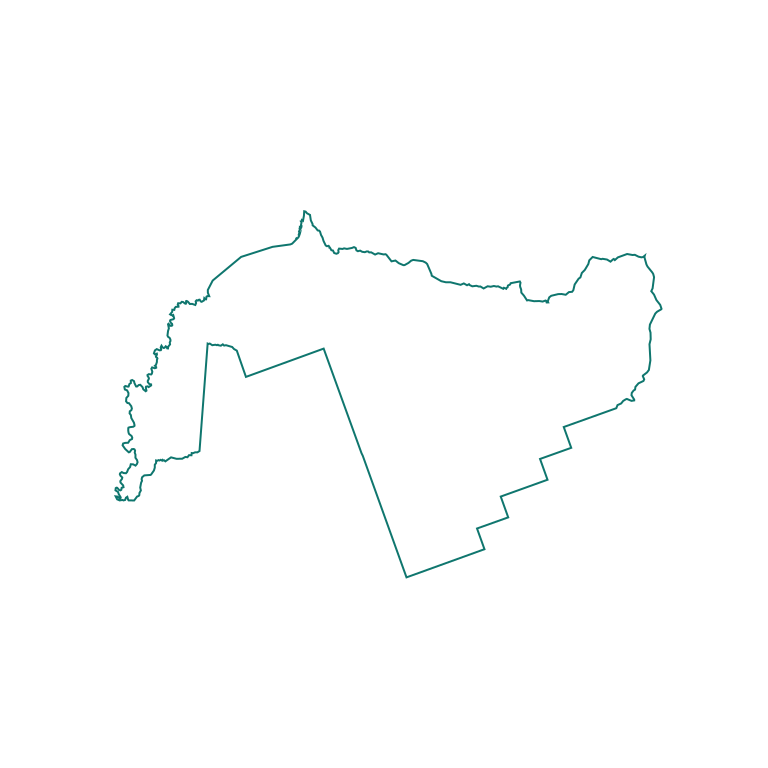 Urumita, La Guajira, Colombia (Equal Earth projection), rotated 340°
{"feature_id": "7082276B37330638753990", "entity_name": "Urumita", "entity_type": "district", "adm_level": 2, "iso_a3": "COL", "parent_name": "Colombia", "parent_adm1": "La Guajira", "projection": "equal_earth", "projection_center": [-73.039, 10.495], "detail": "fine", "context": "isolated", "style": "outline", "palette": "teal", "viewbox_px": 768, "rotation_deg": 340, "n_neighbors": 0, "source": "geoboundaries", "source_scale": "gbopen_adm2", "svg_char_len": 6149}
<svg xmlns="http://www.w3.org/2000/svg" viewBox="0 0 768 768"><g transform="rotate(340 384 384)"><path d="M594.0,486.2L596.2,483.7L600.2,483.4L603.0,481.7L605.9,481.1L607.1,481.1L610.8,484.5L613.5,485.0L613.8,484.2L612.7,479.2L613.8,477.1L616.3,475.5L618.0,475.1L619.3,472.7L623.4,470.4L628.8,469.9L630.1,468.6L629.9,465.0L630.3,464.6L635.1,463.1L637.7,461.4L642.4,452.9L647.1,437.4L649.9,433.2L652.0,426.9L652.3,423.0L654.2,419.1L663.0,410.6L665.3,409.5L670.2,408.6L670.5,408.2L670.6,404.1L668.7,398.3L668.3,392.3L666.9,388.2L669.1,386.0L674.3,376.0L674.6,372.8L674.3,371.1L671.8,363.8L671.5,361.5L672.1,353.7L672.9,352.6L670.9,353.3L669.2,353.0L666.7,351.4L663.9,348.4L661.7,347.8L656.9,345.0L647.1,345.0L643.3,346.5L642.7,345.1L641.9,345.2L638.7,346.5L636.1,343.3L632.2,341.1L630.8,341.0L623.5,336.0L619.2,338.0L617.0,341.2L611.7,345.5L607.9,347.3L605.0,351.0L602.9,351.6L597.2,355.7L594.0,360.6L592.3,361.7L589.2,360.9L585.3,362.3L581.7,360.2L578.4,359.1L571.3,358.3L568.9,359.1L566.2,362.3L566.2,363.5L564.7,363.0L564.8,361.3L564.3,360.8L561.3,360.8L558.4,359.2L553.3,357.5L548.2,354.5L547.0,354.4L545.7,348.8L544.3,345.1L545.2,342.1L545.2,339.2L545.6,337.7L546.9,335.5L546.7,334.1L537.5,332.6L536.6,333.6L534.1,333.9L533.2,335.4L531.9,335.7L531.4,336.3L529.6,334.6L528.6,335.3L524.6,331.2L523.0,330.9L520.8,329.5L517.6,329.1L514.8,327.6L510.3,328.3L507.9,325.3L506.5,324.9L504.4,323.3L500.4,322.4L498.3,320.3L498.0,319.3L495.8,319.6L493.4,316.8L489.9,317.0L481.2,311.1L477.0,309.6L473.0,307.0L465.9,298.6L466.2,296.7L465.6,286.0L464.7,284.2L462.5,281.9L453.9,277.4L451.7,277.4L448.4,278.6L444.0,279.3L442.8,278.9L439.2,275.5L437.0,271.9L433.0,271.3L430.5,263.5L429.9,262.6L427.9,262.1L423.2,259.1L419.9,259.3L417.0,255.9L415.1,255.3L414.5,254.1L413.0,253.5L411.1,253.6L408.7,252.3L407.2,250.5L404.9,250.3L403.8,249.0L403.9,246.4L402.6,245.1L400.4,245.2L395.4,244.4L392.9,242.9L391.2,242.9L388.1,241.4L386.8,242.6L386.4,244.6L385.4,245.3L383.8,245.3L382.0,243.9L381.7,241.1L380.3,240.3L379.9,237.7L379.3,237.2L379.6,236.4L379.2,235.2L377.5,235.0L376.6,233.9L376.1,228.9L376.3,225.4L375.8,222.4L376.0,218.9L375.5,217.7L374.2,217.0L373.1,213.5L371.2,210.5L371.6,209.2L371.2,205.2L372.3,199.8L370.0,197.2L369.3,195.2L368.1,194.4L366.3,198.5L363.7,202.9L362.9,201.8L362.1,203.0L361.6,202.9L361.8,203.9L360.2,206.5L360.6,207.0L360.3,207.9L360.0,208.3L359.6,207.5L359.1,207.5L359.2,208.0L359.0,208.4L358.7,208.1L358.5,209.1L358.3,208.5L358.0,208.7L358.3,209.3L356.3,211.7L357.2,212.7L356.4,213.9L355.8,213.4L354.9,214.6L355.3,215.1L355.2,215.5L353.6,217.0L352.0,217.7L351.6,217.1L351.1,217.5L351.2,218.1L345.7,220.7L343.7,220.8L326.2,217.0L293.2,215.7L258.4,228.2L250.6,235.4L249.7,238.0L249.8,241.7L248.1,241.0L247.1,241.2L245.8,243.6L245.2,243.4L244.5,241.9L243.4,243.9L240.8,244.4L240.0,243.7L239.6,241.7L238.4,241.5L237.6,242.0L236.5,241.2L235.3,241.9L235.1,243.7L233.7,245.2L231.1,243.1L228.9,242.4L227.9,239.6L227.0,238.5L226.3,238.5L225.8,240.3L225.2,240.8L224.6,240.4L223.2,238.2L222.0,237.6L220.3,238.6L218.2,237.7L217.3,238.9L217.6,240.4L217.3,241.1L214.7,240.3L213.3,241.1L212.3,242.6L210.5,241.8L209.6,243.8L206.8,245.4L207.6,246.4L208.3,246.6L208.7,247.6L209.5,247.3L209.3,250.4L208.4,251.1L205.2,250.8L204.4,251.6L204.7,253.7L205.4,255.0L205.2,256.3L204.5,256.7L203.1,256.2L202.1,253.7L201.5,254.0L200.9,258.1L199.2,260.3L197.1,264.4L197.2,265.7L198.3,267.3L198.5,269.0L198.1,270.5L196.9,271.6L196.5,273.6L194.0,275.1L193.2,276.7L192.5,276.4L192.3,274.7L191.8,273.9L190.1,274.9L189.1,274.7L188.5,273.9L188.0,271.9L186.7,273.2L186.4,275.4L185.9,275.9L184.6,275.6L182.4,273.5L180.2,274.1L178.3,276.5L178.9,277.8L180.9,277.8L180.7,278.7L179.1,280.1L179.1,281.0L179.8,281.7L179.8,282.6L178.9,283.6L178.1,285.7L176.2,288.1L175.0,288.5L175.7,290.2L175.5,290.8L174.0,290.8L171.8,289.1L170.6,290.1L170.5,293.2L169.4,294.9L168.5,295.4L166.3,294.3L164.8,294.7L164.6,295.6L165.1,297.5L164.9,298.6L163.0,300.4L162.7,301.5L163.5,303.8L165.0,304.7L164.7,305.7L161.8,306.4L161.2,305.4L159.5,305.1L159.0,305.8L158.5,309.0L157.6,309.3L156.0,306.7L156.0,304.3L154.7,301.4L153.3,301.1L151.0,301.9L150.2,301.5L149.8,297.6L150.1,295.9L148.7,294.1L147.2,294.2L146.5,296.5L144.7,297.0L143.2,299.0L142.6,299.0L140.2,297.4L139.0,297.9L138.6,300.5L140.4,302.1L140.8,305.1L139.7,307.6L137.1,309.0L135.7,312.1L136.4,314.1L137.8,314.8L138.9,318.4L138.7,320.8L137.6,322.2L135.8,322.7L134.9,324.6L135.5,326.6L134.9,329.6L135.8,334.8L135.5,337.4L135.1,338.1L133.7,338.4L130.7,337.7L129.0,337.6L128.6,338.0L127.7,340.4L127.3,342.5L127.4,343.9L129.0,346.5L129.1,348.3L128.4,349.5L125.9,349.8L123.5,351.7L120.6,350.8L118.5,350.7L117.4,352.2L118.6,356.6L120.8,360.9L121.7,361.0L124.8,359.0L126.6,359.5L127.2,360.2L127.3,361.5L126.3,363.2L126.3,365.4L125.2,368.3L125.9,371.0L125.7,373.2L124.4,374.7L122.6,375.7L120.8,373.7L118.6,372.8L117.0,375.2L114.4,376.6L112.5,378.8L111.0,379.6L108.8,378.6L107.5,377.1L105.4,377.7L104.9,378.4L105.0,380.1L106.1,382.3L105.4,383.5L103.0,385.1L102.7,386.5L104.2,390.1L103.9,391.9L102.0,391.8L100.9,393.6L99.9,393.8L98.9,393.1L97.8,390.3L97.1,389.9L96.3,390.1L95.3,392.1L97.1,394.4L97.1,396.9L97.8,400.5L97.3,401.2L96.7,401.2L95.0,398.6L93.4,397.8L93.8,401.1L95.8,403.0L98.5,403.5L99.4,404.3L101.1,404.4L102.6,402.6L104.2,402.2L104.0,405.1L104.2,406.0L109.4,408.0L113.5,405.3L115.2,405.3L116.0,404.8L117.0,402.7L119.1,400.9L119.5,397.9L122.0,393.7L123.5,392.2L123.7,390.5L124.8,388.9L127.5,387.9L133.5,389.6L134.2,389.4L138.2,386.6L140.0,384.2L141.0,381.5L142.8,380.3L143.7,377.9L144.7,378.6L146.1,378.4L146.9,379.1L148.3,378.9L149.1,379.9L149.9,379.6L150.0,380.4L151.2,380.4L152.1,381.9L158.8,380.1L163.4,383.3L168.8,385.2L172.4,384.6L174.3,385.6L176.4,384.2L178.7,385.1L179.7,383.1L180.9,383.7L183.1,383.6L185.2,384.4L187.7,383.9L232.1,285.7L232.8,286.4L234.1,286.4L235.9,288.8L238.9,289.4L240.3,290.4L241.3,290.3L241.9,291.1L243.8,292.2L246.1,291.6L246.9,293.2L248.8,293.5L254.0,297.3L255.0,299.8L257.1,302.3L256.7,330.1L339.4,330.1L339.2,441.4L339.5,444.2L339.0,573.4L421.9,573.6L422.0,551.6L455.1,551.8L455.2,529.7L504.9,529.9L505.0,507.8L538.1,508.0L538.2,485.9L594.0,486.2Z" fill="none" stroke="#0f766e" stroke-width="2"/></g></svg>